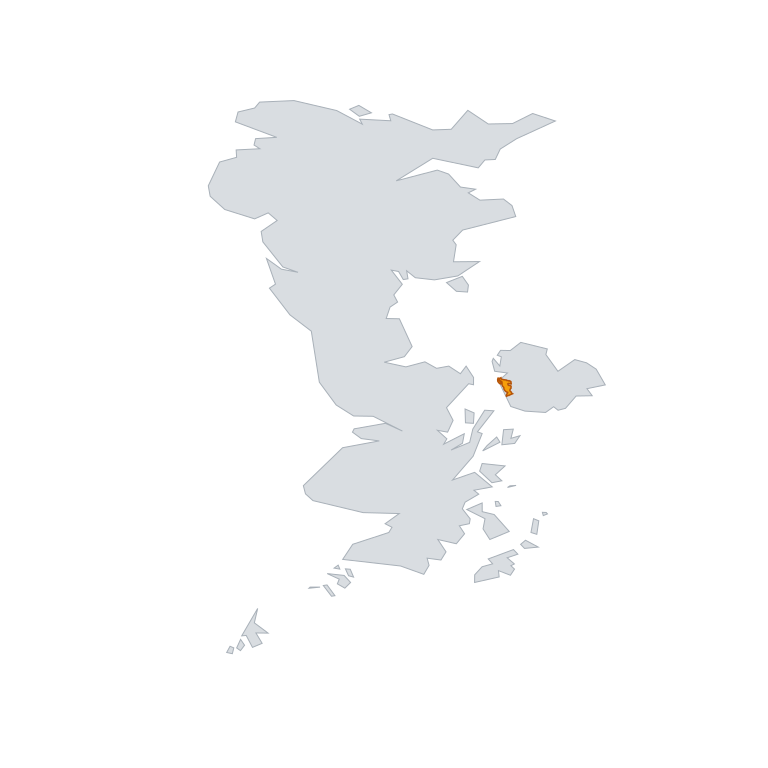 where Larne sits in United Kingdom, rotated 193°
{"feature_id": "GBR-2095", "entity_name": "Larne", "entity_type": "District", "adm_level": 1, "iso_a3": "GBR", "parent_name": "United Kingdom", "parent_adm1": "", "projection": "natural_earth1", "projection_center": [-5.903, 54.904], "detail": "fine", "context": "in_parent", "style": "filled", "palette": "amber", "viewbox_px": 768, "rotation_deg": 193, "n_neighbors": 0, "source": "natural_earth", "source_scale": "10m", "svg_char_len": 4673}
<svg xmlns="http://www.w3.org/2000/svg" viewBox="0 0 768 768"><g transform="rotate(193 384 384)"><path d="M417.8,584.7L380.2,604.4L368.3,603.1L353.8,593.1L338.6,594.4L344.9,589.2L331.9,584.7L309.2,591.1L299.4,586.6L293.3,576.8L342.0,551.7L349.3,539.6L345.0,535.9L343.8,518.7L318.5,524.8L336.4,505.9L358.3,496.8L377.4,494.6L387.4,499.4L384.3,491.9L388.7,490.1L395.1,496.9L402.5,496.6L388.6,485.3L394.5,473.0L389.2,466.9L395.4,460.3L396.6,448.3L383.7,451.0L365.0,426.8L370.3,415.2L388.7,405.3L366.5,405.6L349.1,414.8L336.3,411.1L324.9,416.0L311.9,411.2L308.0,419.9L298.2,410.5L296.6,403.4L301.6,403.3L317.8,375.0L308.5,364.1L311.2,351.4L321.6,350.9L310.4,344.7L312.3,338.8L294.6,353.6L294.2,343.9L303.8,334.7L287.4,346.4L287.3,360.1L280.0,381.1L270.9,382.6L282.2,358.4L277.2,357.8L280.9,333.7L295.6,305.9L275.8,318.3L255.4,308.1L272.5,300.7L266.9,298.0L278.4,287.1L279.6,280.0L269.7,272.0L269.4,267.1L278.7,262.8L271.8,256.2L277.6,244.6L296.6,244.6L285.8,234.4L288.9,225.3L302.8,224.0L299.3,217.4L302.4,207.5L326.9,210.4L384.8,203.8L378.4,220.8L345.9,240.4L344.0,246.2L351.5,248.1L340.0,261.2L375.4,254.0L427.0,254.4L435.8,259.3L439.7,266.8L410.0,312.6L375.8,327.5L393.9,325.7L403.9,330.0L403.0,333.6L373.8,346.0L355.5,342.3L387.3,350.1L406.4,346.0L425.9,352.8L447.4,371.2L466.7,419.1L491.2,430.2L517.2,451.6L512.2,456.9L526.8,479.9L509.8,472.8L492.9,473.5L508.9,475.3L534.0,495.2L538.0,505.0L524.9,519.3L535.3,524.7L547.2,515.8L578.4,518.2L595.6,527.8L599.8,537.6L594.1,563.3L578.6,571.7L580.7,578.8L557.9,585.3L564.4,587.6L564.3,594.2L544.0,600.2L587.8,606.0L587.4,616.2L572.1,623.8L568.6,630.7L535.5,639.9L491.6,639.8L463.6,632.3L467.3,636.6L436.6,642.0L439.7,647.6L436.5,649.0L393.7,642.5L375.8,647.3L363.9,669.5L340.9,660.8L317.3,666.7L300.0,681.0L276.2,678.8L309.9,652.9L323.6,639.1L326.1,627.8L336.1,625.0L340.8,615.8L387.3,614.9L417.8,584.7ZM260.1,455.3L232.8,454.9L232.9,449.1L217.4,435.5L203.6,450.7L191.4,450.2L180.6,446.2L168.2,432.9L185.2,425.1L178.5,419.4L194.1,415.5L201.7,401.1L208.5,397.6L213.6,400.0L220.2,392.6L240.6,389.3L255.4,390.6L273.2,412.8L266.2,422.5L279.0,421.3L283.8,430.4L283.3,433.6L275.2,427.6L275.8,436.9L280.1,437.5L278.0,443.0L268.5,445.0L260.1,455.3ZM252.7,218.5L247.3,228.0L237.7,233.2L243.1,237.0L220.6,251.8L215.3,248.3L224.9,242.4L216.5,238.0L219.5,235.5L215.2,233.0L217.8,226.1L230.5,227.9L228.4,221.9L251.1,211.0L252.7,218.5ZM254.9,265.1L255.3,275.5L275.1,280.3L261.6,290.2L259.6,281.7L247.3,281.6L228.8,268.5L245.9,256.3L254.9,265.1ZM452.9,97.8L461.7,108.0L466.0,106.6L456.6,136.9L456.6,122.1L440.9,115.2L452.8,112.6L444.4,103.9L452.9,97.8ZM270.5,328.6L247.6,331.4L255.1,320.6L247.4,316.2L256.6,312.1L271.2,320.6L270.5,328.6ZM334.3,490.6L345.9,496.9L331.9,506.5L324.0,499.4L323.3,492.4L334.3,490.6ZM255.5,351.3L257.2,366.4L247.9,369.1L248.1,359.6L239.9,364.2L243.3,355.5L255.5,351.3ZM384.5,178.8L383.7,183.8L396.7,186.5L379.8,188.5L371.9,183.1L376.2,176.3L384.5,178.8ZM299.4,377.9L289.7,376.1L288.0,365.8L295.9,364.5L299.4,377.9ZM479.3,644.0L471.2,649.8L457.3,645.4L468.3,639.3L479.3,644.0ZM262.3,357.7L257.9,353.4L272.8,341.0L269.7,347.2L262.3,357.7ZM210.1,255.4L214.8,258.5L211.0,263.6L197.0,259.8L210.1,255.4ZM208.0,286.4L202.4,285.5L201.3,271.9L207.4,272.4L208.0,286.4ZM466.3,102.9L461.1,98.1L463.9,91.9L468.2,93.7L466.3,102.9ZM397.8,174.0L394.3,175.4L384.2,166.7L387.4,165.4L397.8,174.0ZM380.0,195.2L375.2,195.9L370.2,189.0L375.4,189.2L380.0,195.2ZM476.9,87.0L475.0,93.8L471.0,93.1L471.1,87.1L476.9,87.0ZM410.3,169.5L400.6,171.7L411.2,168.1L410.3,169.5ZM249.2,294.6L246.3,295.2L242.7,291.7L247.3,289.9L249.2,294.6ZM391.2,193.4L387.9,197.2L385.4,193.7L391.2,193.4ZM238.4,313.1L232.5,314.9L240.4,311.0L238.4,313.1ZM200.8,294.6L197.1,295.3L195.5,294.2L199.2,291.6L200.8,294.6Z" fill="#d9dde1" stroke="#a8b0b8" stroke-width="1"/><path d="M261.8,399.6L262.0,399.7L262.3,400.2L262.3,401.2L261.5,403.3L261.6,403.7L262.8,403.8L264.0,404.3L265.0,405.0L265.9,405.9L266.1,406.3L266.3,407.2L266.6,407.6L266.9,407.9L267.6,408.3L267.9,408.6L268.3,409.0L268.7,409.6L269.0,410.3L269.1,411.1L269.6,412.6L270.7,413.1L271.9,413.5L273.0,414.6L272.5,413.4L269.7,411.3L270.4,410.3L271.7,410.6L273.0,411.5L273.8,412.4L274.3,414.1L274.2,415.4L272.1,415.7L271.5,416.4L270.9,415.3L270.0,415.0L269.5,415.3L268.6,415.1L265.7,415.4L265.1,415.0L264.2,415.3L263.2,415.1L262.7,415.4L262.1,415.1L261.4,415.2L260.6,414.5L260.7,413.8L260.1,413.0L260.1,412.7L262.7,412.6L263.2,412.3L263.4,411.9L262.5,410.7L261.5,410.7L261.0,410.9L259.7,410.5L259.3,408.4L259.8,407.6L260.0,406.3L259.5,405.5L258.1,404.7L257.3,403.6L256.6,403.4L259.3,401.4L259.7,400.9L260.5,400.8L261.7,399.7L261.8,399.6L261.8,399.6Z" fill="#f59e0b" stroke="#b45309" stroke-width="1.5"/></g></svg>